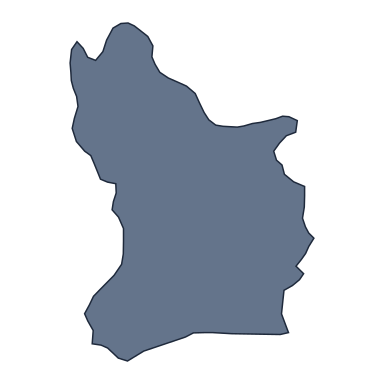 Delta, Minas Gerais, Brazil (Natural Earth projection)
{"feature_id": "56859067B91011546493920", "entity_name": "Delta", "entity_type": "district", "adm_level": 2, "iso_a3": "BRA", "parent_name": "Brazil", "parent_adm1": "Minas Gerais", "projection": "natural_earth1", "projection_center": [-47.811, -19.931], "detail": "fine", "context": "isolated", "style": "filled", "palette": "slate", "viewbox_px": 384, "rotation_deg": 0, "n_neighbors": 0, "source": "geoboundaries", "source_scale": "gbopen_adm2", "svg_char_len": 1365}
<svg xmlns="http://www.w3.org/2000/svg" viewBox="0 0 384 384"><path d="M297.3,120.6L288.9,116.7L282.6,116.2L275.8,118.7L267.9,120.6L260.3,122.4L252.5,123.5L243.8,126.0L237.3,127.1L223.0,126.3L215.7,125.1L208.8,119.8L204.1,112.5L199.6,103.2L195.2,93.5L186.5,86.1L177.4,82.0L168.3,78.0L159.8,72.3L155.0,64.2L151.9,56.9L152.9,45.9L147.8,36.5L140.6,30.8L134.3,25.9L128.1,23.0L120.9,23.5L113.0,28.1L106.6,40.1L102.9,51.6L95.6,60.4L87.7,57.3L83.2,48.4L77.0,41.7L71.6,49.5L70.1,63.0L70.9,72.6L71.3,80.5L73.3,88.2L76.6,96.4L78.0,106.5L74.4,118.3L72.2,128.4L76.4,141.5L84.7,151.2L90.8,155.6L93.9,162.9L97.2,171.0L100.5,179.2L107.5,182.1L115.8,183.7L116.2,193.0L113.4,201.6L112.1,209.8L118.5,217.1L123.5,228.5L123.5,241.5L123.3,254.0L121.6,264.3L114.1,275.3L107.3,282.2L99.8,289.8L93.5,296.3L89.4,304.9L84.6,313.7L87.8,321.0L93.2,330.5L92.2,343.8L101.0,345.1L107.6,348.0L118.3,358.1L127.5,361.0L143.7,351.1L185.5,337.0L193.4,332.9L204.4,332.6L212.7,332.6L231.8,333.7L280.2,334.5L288.5,332.6L285.4,324.4L281.5,313.9L283.0,299.5L284.0,290.3L292.6,285.4L299.5,279.7L303.6,273.7L296.0,266.2L301.2,259.7L305.6,253.5L308.8,246.4L313.9,238.2L308.7,233.0L305.4,226.8L302.5,218.2L304.3,207.0L304.6,195.9L304.6,186.5L293.6,181.8L284.4,174.3L282.0,165.0L276.5,160.2L273.7,151.2L279.5,143.1L286.4,135.7L295.7,132.2L297.3,120.6Z" fill="#64748b" stroke="#1e293b" stroke-width="1.5"/></svg>